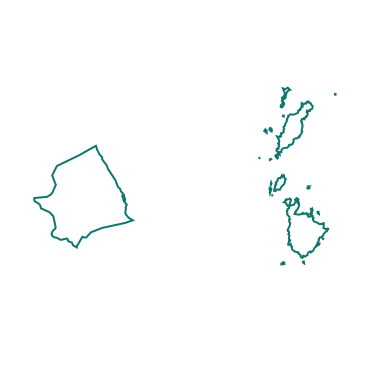 Al Khukhah, Al Hudaydah, Yemen, rotated 171°
{"feature_id": "15242507B44327302396722", "entity_name": "Al Khukhah", "entity_type": "district", "adm_level": 2, "iso_a3": "YEM", "parent_name": "Yemen", "parent_adm1": "Al Hudaydah", "projection": "orthographic", "projection_center": [42.797, 13.833], "detail": "fine", "context": "isolated", "style": "outline", "palette": "teal", "viewbox_px": 384, "rotation_deg": 171, "n_neighbors": 0, "source": "geoboundaries", "source_scale": "gbopen_adm2", "svg_char_len": 5885}
<svg xmlns="http://www.w3.org/2000/svg" viewBox="0 0 384 384"><g transform="rotate(171 192 192)"><path d="M343.7,199.5L335.7,194.2L332.7,189.6L332.2,178.8L332.6,177.3L335.2,175.7L336.5,173.9L337.3,172.5L336.8,170.4L335.4,169.0L332.6,167.8L329.1,165.2L322.9,165.7L322.2,164.8L322.1,163.0L318.5,160.7L317.9,158.1L314.4,155.3L314.0,156.7L307.2,164.9L305.1,163.7L303.5,163.7L298.1,168.0L286.1,170.6L263.0,171.9L254.8,173.3L258.6,176.4L260.8,180.2L261.2,182.1L259.8,186.2L260.0,187.1L258.4,189.8L259.4,190.8L259.5,192.2L260.9,194.3L260.9,196.4L261.6,198.7L261.2,199.3L260.4,198.9L260.8,196.7L259.6,196.2L260.2,194.0L259.6,194.3L259.9,193.2L259.1,195.3L259.8,198.1L259.6,199.7L262.1,203.8L262.5,206.3L264.3,208.6L265.9,215.8L271.4,228.1L272.1,231.8L275.1,237.2L275.6,239.0L275.3,240.4L277.6,243.9L279.0,248.4L279.7,252.7L297.6,246.0L321.4,238.8L327.5,230.3L325.4,220.3L329.9,213.3L331.9,211.5L335.8,209.9L348.6,210.7L349.1,209.0L348.7,207.3L345.3,204.6L344.0,202.7L343.7,199.5ZM94.8,111.0L93.6,109.7L92.8,110.0L92.3,111.5L91.6,111.6L90.6,110.6L87.9,111.6L87.0,113.7L85.1,114.8L83.4,114.6L83.5,114.0L82.6,114.5L81.6,115.0L79.6,117.8L77.0,119.3L75.3,119.8L74.2,120.8L73.8,122.2L74.6,120.6L77.3,120.2L74.0,124.8L74.2,125.8L72.9,127.1L71.4,127.2L69.3,128.4L68.7,129.6L66.1,132.1L65.0,132.0L63.2,134.3L63.7,134.7L65.7,134.5L67.7,135.7L66.7,140.6L67.2,140.7L68.0,139.7L68.7,140.3L70.0,140.1L71.9,140.8L72.6,141.8L76.1,143.8L76.9,145.7L76.1,147.2L76.7,147.4L76.5,149.3L77.7,150.5L77.7,149.4L80.4,149.2L81.1,149.5L80.6,151.3L81.8,151.7L81.3,152.4L81.9,153.1L84.5,152.9L85.5,153.9L86.0,153.0L86.7,153.6L87.8,152.9L90.1,153.0L94.2,154.2L93.3,156.0L92.4,156.1L92.1,157.4L91.0,157.8L89.1,160.3L88.1,162.8L88.5,163.3L88.2,164.3L89.0,164.2L89.1,164.6L88.0,168.1L89.5,169.6L91.4,168.3L91.3,167.7L90.6,167.4L90.9,166.8L89.9,166.9L89.9,166.1L91.9,165.3L93.3,163.5L96.4,163.3L97.6,163.7L97.5,164.5L95.4,168.7L96.3,170.1L96.7,169.5L98.9,170.0L99.9,169.3L100.6,169.8L101.2,168.6L102.8,167.5L100.8,166.6L100.6,164.8L99.8,164.2L99.7,163.3L98.2,163.6L97.8,162.7L98.8,160.8L100.2,160.2L100.0,159.8L101.4,158.4L101.0,156.9L101.5,154.9L99.7,152.2L99.9,150.0L99.6,149.7L100.5,149.2L100.6,147.4L99.8,146.0L101.2,142.5L103.5,139.6L103.3,138.4L102.8,138.3L102.4,137.1L102.6,135.9L103.4,135.3L102.6,134.0L103.6,130.6L102.6,128.9L103.2,127.9L103.9,128.3L105.2,125.2L102.9,125.1L103.3,124.5L102.7,124.6L102.4,123.0L101.8,122.3L102.2,121.9L102.0,119.6L99.9,117.1L97.8,116.3L96.6,115.0L96.4,115.2L96.2,114.2L94.7,113.0L94.8,111.0ZM101.3,216.7L99.6,215.0L99.6,217.8L97.5,217.3L97.4,218.9L95.6,220.8L93.0,221.1L91.3,220.7L89.6,221.8L89.0,223.0L88.6,222.8L87.7,223.4L87.2,223.0L84.8,224.0L84.5,225.0L83.8,225.7L83.5,227.9L81.5,228.8L80.1,228.5L79.3,229.2L78.0,229.0L77.3,229.6L77.4,230.1L76.9,230.1L76.9,230.6L74.9,232.4L74.3,234.1L73.6,234.5L74.0,235.8L72.4,240.0L72.7,241.1L72.3,242.2L72.9,243.2L72.4,244.0L73.2,245.2L73.0,245.7L71.8,246.9L70.3,246.3L70.0,247.1L69.6,246.8L69.5,247.6L67.6,247.9L67.6,249.0L66.3,249.2L65.4,251.2L66.3,253.0L65.7,254.4L64.4,253.5L63.2,253.4L62.8,253.6L63.0,254.7L60.6,255.2L59.8,256.3L59.4,258.2L60.8,259.9L60.8,261.1L62.3,261.7L62.7,263.2L63.6,263.3L64.0,262.6L64.7,262.9L65.5,261.5L66.9,261.8L68.2,260.8L69.3,261.5L68.9,262.0L69.7,262.7L69.9,261.9L69.4,261.5L70.1,260.5L69.5,258.9L70.8,258.8L71.2,257.8L72.3,257.2L72.0,256.5L72.3,256.2L74.4,255.7L74.3,254.8L75.2,253.5L79.5,252.5L83.0,253.3L84.3,252.2L85.1,252.2L85.2,250.9L86.7,249.6L86.6,248.5L87.3,248.1L87.3,247.1L89.4,244.5L89.4,243.4L91.5,241.9L91.0,240.2L92.0,238.9L91.9,237.1L93.5,235.9L94.6,236.2L95.0,235.9L94.9,234.5L96.1,233.7L95.6,233.0L97.1,232.4L99.3,233.5L97.9,229.5L98.0,227.9L99.1,226.8L98.7,226.5L99.1,226.1L98.6,225.5L99.1,224.8L98.7,223.4L99.8,222.3L99.9,221.4L100.6,221.8L101.6,221.2L101.4,220.4L102.1,219.5L100.7,217.8L101.3,216.7ZM110.7,180.3L109.4,179.8L108.8,180.8L107.5,181.2L104.9,180.5L102.5,183.5L100.0,185.2L98.7,187.2L98.4,188.9L97.3,189.9L98.4,191.3L98.6,194.2L99.7,193.9L100.1,193.2L100.3,193.8L100.9,193.5L100.9,193.9L102.5,191.8L103.5,192.2L105.1,191.7L106.1,189.2L107.6,188.4L107.5,186.9L108.3,186.6L108.2,185.6L109.0,184.9L109.3,183.2L110.4,182.0L110.7,180.3ZM88.3,270.2L85.7,269.7L85.2,269.9L83.0,275.4L81.3,277.0L80.5,277.1L80.2,277.8L79.3,277.7L81.1,280.1L83.8,278.9L86.0,280.1L84.9,275.3L85.4,273.1L86.0,272.6L85.6,272.4L86.4,271.7L88.4,271.2L88.3,270.2ZM90.2,261.5L89.1,262.0L87.3,264.2L87.2,265.5L88.0,265.8L90.7,263.8L91.1,262.0L90.2,261.5ZM102.3,211.7L101.6,212.6L101.7,214.5L102.6,215.4L103.5,215.4L104.0,214.8L103.8,213.6L102.3,211.7ZM104.8,243.1L105.6,242.3L105.7,241.0L103.9,239.3L103.4,240.5L103.6,242.2L104.8,243.1ZM78.4,151.4L77.5,151.3L77.0,151.7L76.7,153.8L75.6,155.3L75.9,156.6L76.6,155.7L77.3,156.0L76.8,157.6L77.5,156.5L76.9,154.1L78.6,152.1L78.4,151.4ZM111.1,241.0L109.0,238.7L108.7,241.3L109.7,241.7L109.9,242.3L111.1,241.0ZM114.8,183.7L115.1,181.9L114.6,180.6L115.3,179.4L115.2,178.4L113.2,182.5L113.9,183.9L113.6,185.0L114.8,183.7ZM93.3,105.8L93.2,104.6L92.4,103.9L92.4,105.9L93.3,105.8ZM70.1,150.3L69.7,151.7L70.1,151.2L70.8,151.5L71.1,152.3L70.6,152.7L71.0,152.8L71.3,152.1L71.2,151.5L70.1,150.3ZM76.7,177.1L75.5,177.3L75.2,178.0L75.3,178.8L75.7,177.6L77.2,178.1L77.4,177.6L76.7,177.1ZM88.7,268.4L89.0,267.4L88.2,267.2L87.8,268.1L88.7,268.4ZM115.1,106.4L113.5,106.4L114.6,107.2L114.8,108.2L115.1,106.4ZM113.1,107.5L112.0,107.3L111.8,107.9L113.1,108.3L113.1,107.5ZM90.0,253.4L90.4,252.6L89.6,252.2L89.4,253.1L90.0,253.4ZM112.3,189.1L112.8,187.9L113.3,185.8L112.1,188.2L112.3,189.1ZM109.6,211.5L108.6,212.0L108.9,212.3L109.6,211.8L109.4,212.8L110.0,212.0L109.6,211.5ZM68.9,125.5L70.2,125.5L69.8,125.0L68.9,125.5ZM35.4,266.5L35.4,265.7L35.1,265.6L34.9,266.4L35.4,266.5ZM121.0,214.6L120.4,214.9L119.2,214.7L120.2,215.2L121.0,214.6ZM113.2,176.5L113.6,175.2L112.8,177.0L113.2,176.5ZM76.7,179.5L77.2,179.0L76.1,179.4L76.7,179.5Z" fill="none" stroke="#0f766e" stroke-width="2"/></g></svg>